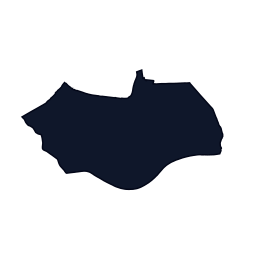 Leiderdorp, Zuid-Holland, Netherlands, rotated 314°
{"feature_id": "6326949B52811816416418", "entity_name": "Leiderdorp", "entity_type": "district", "adm_level": 2, "iso_a3": "NLD", "parent_name": "Netherlands", "parent_adm1": "Zuid-Holland", "projection": "equal_earth", "projection_center": [4.544, 52.157], "detail": "fine", "context": "isolated", "style": "filled", "palette": "ink", "viewbox_px": 256, "rotation_deg": 314, "n_neighbors": 0, "source": "geoboundaries", "source_scale": "gbopen_adm2", "svg_char_len": 5364}
<svg xmlns="http://www.w3.org/2000/svg" viewBox="0 0 256 256"><g transform="rotate(314 128 128)"><path d="M203.3,141.0L201.0,138.9L199.7,137.5L195.9,133.9L194.4,132.5L191.4,129.6L190.9,129.1L190.5,128.6L189.9,128.0L189.2,127.3L188.7,126.8L188.0,126.1L185.8,124.1L184.1,122.3L182.6,120.8L180.2,118.6L179.6,118.1L178.8,117.2L178.3,116.6L177.2,115.3L177.6,115.0L177.9,114.8L178.3,114.6L179.6,113.9L179.8,113.6L179.7,113.3L179.2,112.7L175.3,107.7L174.9,107.7L174.7,107.8L174.7,107.5L174.7,107.2L174.6,106.6L174.7,105.5L175.3,104.7L174.2,104.2L175.9,101.8L177.5,99.7L178.5,98.5L178.7,98.2L179.2,97.6L174.4,95.3L173.2,96.9L172.9,97.2L172.7,97.5L172.3,97.8L171.9,98.1L171.5,98.4L171.1,98.7L170.6,98.9L170.0,99.2L169.5,99.4L167.8,100.1L167.1,100.3L166.3,100.7L165.2,101.2L164.1,101.7L163.5,102.1L162.7,102.5L161.9,102.9L161.2,103.4L160.5,103.8L159.9,104.2L158.0,105.6L157.4,106.0L156.9,106.2L156.5,106.5L155.9,106.8L153.7,107.6L152.8,107.7L151.9,107.5L150.9,107.2L149.9,107.2L149.3,107.2L148.8,106.9L147.0,105.2L146.5,104.7L145.0,102.8L144.6,102.9L141.2,98.3L141.3,98.3L141.0,97.8L140.8,97.9L140.6,97.6L140.4,97.5L140.4,97.4L132.8,87.4L132.6,87.5L131.3,85.7L130.5,84.3L130.3,84.1L128.7,81.9L127.4,80.2L126.1,78.3L126.1,78.2L125.3,76.9L124.8,76.1L124.3,75.1L123.5,73.7L122.7,72.0L122.6,71.7L122.2,70.8L119.5,65.2L119.0,64.8L118.8,64.5L118.6,63.7L118.4,63.1L118.4,62.9L118.3,62.7L118.0,62.7L117.4,61.0L117.5,60.9L117.4,60.9L117.2,60.4L117.2,59.7L117.3,59.1L117.3,58.6L116.9,55.9L116.9,54.8L117.0,53.0L117.0,52.5L116.9,52.2L116.7,51.9L116.6,51.4L116.6,50.8L114.9,50.9L114.3,51.0L113.2,51.1L112.7,51.2L111.7,51.6L111.2,51.7L110.9,51.7L110.3,51.7L108.9,51.7L107.8,51.6L107.0,51.5L106.3,51.4L106.0,51.4L105.7,51.5L105.0,51.6L104.8,51.6L104.5,51.6L104.0,51.4L102.7,51.5L102.4,51.7L102.4,52.0L102.2,52.2L101.4,52.2L100.8,52.1L98.4,52.1L97.8,52.0L97.3,52.0L96.8,52.0L96.3,51.9L96.0,51.8L95.6,51.9L95.1,52.0L94.6,52.1L94.3,52.1L92.3,51.7L91.6,51.6L91.0,51.6L90.6,51.6L90.2,51.7L89.6,51.7L89.1,51.8L88.5,51.7L80.2,49.3L72.2,46.9L62.4,44.1L62.4,44.5L62.3,44.8L62.3,45.2L62.3,46.8L62.3,47.1L62.2,47.7L61.5,49.4L61.4,49.8L61.2,50.1L61.1,50.6L61.0,51.1L60.9,51.3L60.9,51.6L60.9,51.8L60.8,52.4L60.7,53.0L60.7,53.5L60.7,54.5L60.8,54.7L61.3,55.8L61.5,56.2L61.6,56.5L61.7,57.1L61.9,58.1L62.0,58.2L62.0,58.5L62.1,59.3L62.1,59.8L62.1,60.1L62.0,60.3L61.9,60.8L61.6,62.0L61.5,62.5L61.2,63.2L61.2,63.4L61.1,63.7L60.8,64.7L60.8,64.8L61.0,65.7L61.2,66.8L61.5,67.7L62.4,69.2L62.6,69.6L62.7,69.8L62.8,70.1L62.8,70.4L62.8,70.5L62.7,70.8L62.6,71.0L62.3,71.3L62.1,71.8L60.8,73.7L60.5,74.1L60.3,74.3L59.3,75.6L59.1,75.9L58.9,76.1L58.3,76.9L57.9,77.3L56.0,78.8L55.0,79.6L54.7,79.9L54.5,80.1L54.0,80.6L53.7,81.2L53.6,82.4L54.2,84.2L54.8,85.7L55.5,90.6L55.7,91.7L55.8,92.4L56.4,96.8L56.5,97.9L56.7,98.6L56.4,99.4L56.2,100.0L55.9,100.5L55.5,101.2L55.3,101.6L54.8,102.5L54.6,103.0L54.4,103.5L54.2,103.9L54.0,104.5L53.8,105.2L53.7,105.7L53.6,106.4L53.4,109.6L53.3,110.8L53.3,111.3L53.2,111.9L53.0,112.5L52.8,113.8L52.7,114.3L52.7,114.6L52.8,114.8L52.8,115.0L53.0,115.3L53.5,115.7L54.0,116.1L55.9,117.6L58.8,120.0L59.3,120.4L60.7,121.5L61.9,122.5L65.2,125.1L65.6,125.5L66.1,125.9L66.4,126.2L67.1,126.9L67.4,127.3L67.7,127.6L68.0,128.0L68.5,128.8L68.7,129.2L68.9,129.5L69.3,130.3L69.5,130.7L69.8,131.4L69.9,131.8L70.0,132.2L70.4,134.1L70.6,135.1L70.6,135.5L71.0,137.4L71.2,138.3L71.7,140.3L72.1,141.6L72.6,143.7L72.9,145.0L73.2,146.3L73.4,147.3L73.8,148.6L74.2,150.0L74.5,151.0L74.8,151.9L75.3,153.5L75.8,155.0L76.3,156.4L76.7,157.9L77.2,159.4L77.6,160.4L78.8,162.9L79.4,164.2L80.1,165.4L80.8,166.5L81.7,167.9L82.7,169.2L84.1,170.8L85.5,172.2L87.0,173.6L87.5,174.1L89.1,175.3L90.2,176.1L90.8,176.5L91.7,177.0L92.4,177.3L92.9,177.6L94.5,178.3L96.3,178.9L97.8,179.4L100.4,180.1L101.3,180.3L102.2,180.5L102.7,180.7L104.2,180.9L106.7,181.3L110.9,181.6L112.8,181.6L114.2,181.7L114.5,181.7L117.3,181.5L119.6,181.4L123.1,181.2L123.9,181.2L124.6,181.2L125.7,181.3L127.1,181.4L128.0,181.5L129.0,181.7L130.3,182.0L131.9,182.4L133.1,182.7L134.2,183.1L135.6,183.7L137.7,184.5L138.6,184.9L140.5,185.9L142.3,186.8L144.3,187.8L147.0,189.4L147.8,189.9L148.3,190.2L149.5,191.0L150.6,191.7L151.5,192.3L152.0,192.7L153.9,194.1L155.8,195.6L156.1,195.8L157.3,196.8L158.2,197.6L158.7,198.1L159.1,198.5L159.9,199.6L161.9,201.6L163.3,203.1L164.0,203.9L167.8,207.6L168.4,208.2L169.5,209.1L170.8,210.1L173.2,211.9L174.1,211.5L175.9,210.8L176.3,210.6L177.0,209.7L177.4,209.2L177.7,209.2L178.0,209.3L178.3,209.2L178.6,208.6L178.7,208.0L178.8,207.9L178.9,207.5L179.0,207.3L179.4,206.7L179.6,206.4L180.6,205.3L180.8,205.0L181.1,204.8L181.4,204.6L181.6,204.5L181.8,204.3L183.2,203.7L183.6,203.5L184.4,203.1L185.2,202.8L185.4,202.7L185.7,202.7L185.9,202.7L186.2,202.6L186.3,202.5L186.6,202.3L186.8,202.2L187.4,202.1L187.5,202.0L187.8,201.9L188.0,201.7L188.9,200.8L189.1,200.6L189.4,200.2L190.0,198.8L190.3,198.4L190.8,197.5L191.2,196.9L191.3,196.7L191.7,196.2L192.0,195.8L192.1,195.5L192.4,195.0L192.8,193.9L192.9,193.6L192.8,193.4L192.8,193.0L192.8,192.9L192.9,192.7L193.3,191.2L193.6,190.6L194.2,189.6L194.4,189.2L194.7,188.5L195.1,187.5L196.4,185.0L196.4,184.8L196.6,184.4L196.7,184.0L197.5,182.3L198.2,180.8L200.2,176.6L200.2,176.4L200.3,176.2L200.4,175.7L200.5,175.5L200.6,175.3L200.7,173.4L200.8,171.1L201.4,163.0L201.8,157.0L202.4,150.1L203.0,142.8L203.1,141.4L203.3,141.0Z" fill="#0f172a" stroke="#020617" stroke-width="1.5"/></g></svg>